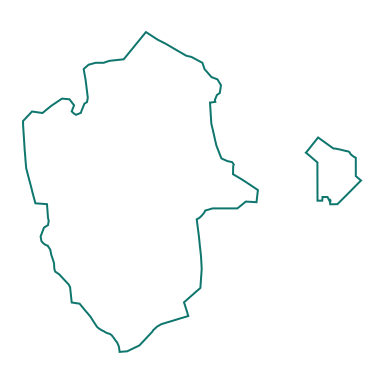 outline of As Saiyani, Ibb, Yemen
{"feature_id": "15242507B28390593826974", "entity_name": "As Saiyani", "entity_type": "district", "adm_level": 2, "iso_a3": "YEM", "parent_name": "Yemen", "parent_adm1": "Ibb", "projection": "mercator", "projection_center": [44.227, 13.822], "detail": "fine", "context": "isolated", "style": "outline", "palette": "teal", "viewbox_px": 384, "rotation_deg": 0, "n_neighbors": 0, "source": "geoboundaries", "source_scale": "gbopen_adm2", "svg_char_len": 3365}
<svg xmlns="http://www.w3.org/2000/svg" viewBox="0 0 384 384"><path d="M167.8,45.0L165.8,43.8L157.5,39.6L152.3,36.2L147.7,33.2L145.9,32.1L123.7,59.3L109.7,60.8L106.7,61.7L105.4,62.2L103.6,62.8L99.2,62.8L97.7,62.8L97.1,62.8L95.6,62.8L88.6,64.7L84.0,68.7L83.7,69.3L85.6,79.9L87.8,97.8L87.0,102.1L84.4,103.7L81.4,111.2L80.8,112.9L80.0,113.2L76.1,114.8L76.0,114.7L73.7,113.4L72.0,111.7L71.7,111.4L73.1,107.8L74.1,105.3L72.6,103.4L69.5,99.3L66.4,99.0L62.0,98.6L52.5,105.0L50.8,106.2L46.0,110.1L42.5,113.0L42.4,113.0L32.0,111.5L31.3,112.3L27.5,116.3L23.0,121.1L23.1,124.4L23.1,125.2L23.2,126.9L23.3,128.5L24.3,143.9L24.6,148.5L24.6,149.4L25.2,155.9L25.4,158.9L25.6,161.4L26.2,168.2L26.3,168.6L27.3,172.5L29.3,180.1L31.1,186.8L31.3,187.6L31.5,188.4L32.6,192.9L34.0,198.1L35.4,203.3L46.3,204.1L47.0,204.2L48.0,217.8L48.7,220.8L48.0,225.1L44.0,227.6L40.6,236.4L41.4,241.0L43.1,243.1L45.7,245.0L47.7,245.7L47.7,245.8L48.0,246.3L48.8,247.4L50.1,249.4L50.2,249.5L51.0,253.4L51.0,253.6L51.1,253.8L51.1,254.1L51.3,254.7L51.4,255.1L51.8,256.3L52.1,257.1L54.0,263.1L54.1,264.0L54.1,264.5L54.3,268.8L55.2,271.6L59.3,274.4L61.0,276.3L65.4,281.0L65.9,281.5L68.7,284.5L68.9,284.9L70.1,287.3L71.7,302.5L79.6,303.7L80.1,304.3L80.6,304.9L81.0,305.4L85.1,310.4L88.3,314.1L90.6,316.9L92.4,319.8L92.5,320.0L97.0,326.8L98.5,328.2L99.9,329.1L101.3,330.0L102.9,330.8L104.4,331.6L105.8,332.5L107.3,333.1L107.6,333.3L109.3,333.7L110.8,334.5L112.0,335.6L114.2,338.5L115.0,339.8L116.1,341.2L117.1,342.4L117.9,344.2L118.7,346.0L119.2,348.5L119.5,351.1L119.6,351.9L127.2,351.3L134.0,348.0L137.2,346.5L137.7,346.3L139.4,345.4L143.6,341.0L144.8,339.7L150.6,333.5L152.2,331.8L153.2,330.2L157.2,326.5L158.0,326.1L161.2,324.2L161.9,324.0L169.1,321.8L172.2,320.9L176.4,319.6L177.7,319.2L179.3,318.7L188.1,316.1L188.3,316.0L187.6,313.8L187.4,313.2L187.3,312.6L184.0,302.3L196.6,291.2L198.3,289.8L200.1,288.2L200.4,287.9L200.6,284.8L201.0,278.8L201.7,269.2L201.3,261.3L201.0,256.3L200.2,248.6L200.1,248.1L199.7,244.2L199.1,238.3L198.8,235.5L198.7,235.1L198.6,233.8L198.0,229.4L196.7,219.3L198.7,218.3L200.6,216.8L202.8,214.4L204.2,212.7L205.3,210.5L207.9,209.8L212.6,208.4L215.4,208.4L226.1,208.4L237.4,208.4L245.8,201.6L251.7,201.9L256.5,202.2L257.9,190.0L256.8,189.3L254.1,187.5L244.6,181.2L241.0,178.9L233.0,174.2L233.2,166.0L233.8,164.5L232.1,162.1L229.7,161.6L227.4,161.1L221.4,158.4L219.8,154.4L219.5,153.5L216.4,145.6L216.2,144.7L214.7,138.4L214.7,138.2L213.4,132.4L212.8,129.7L212.1,127.0L211.6,124.8L211.3,123.3L210.0,102.6L215.3,101.9L214.9,99.9L216.9,95.0L219.8,93.0L220.7,87.0L221.0,85.2L220.1,83.8L217.5,79.4L212.3,77.4L211.5,77.1L209.5,74.8L204.5,69.1L202.5,63.0L202.4,62.8L196.2,59.5L195.7,59.2L192.5,57.5L191.4,56.9L189.5,56.5L186.2,55.7L176.5,50.1L167.8,45.0ZM317.4,163.5L317.5,200.7L322.2,200.7L322.5,197.8L322.5,197.0L325.3,197.0L327.5,197.0L328.7,199.3L329.4,200.7L329.7,200.5L329.7,200.2L329.7,199.9L329.9,199.7L330.2,199.8L330.5,200.5L330.3,201.8L330.0,202.3L330.3,204.3L337.4,204.2L337.7,203.9L346.5,195.1L350.1,191.5L355.4,186.1L361.0,180.5L355.8,176.1L355.8,166.4L355.8,157.8L354.2,157.0L352.8,156.0L351.3,154.8L350.4,153.8L349.5,152.2L348.2,151.4L345.1,150.8L340.8,149.7L335.0,148.5L334.0,148.5L333.4,148.5L318.1,137.5L314.9,141.5L309.2,148.7L306.0,152.6L305.9,152.7L307.0,153.5L311.9,157.7L315.6,160.9L317.4,162.4L317.4,163.5Z" fill="none" stroke="#0f766e" stroke-width="2"/></svg>